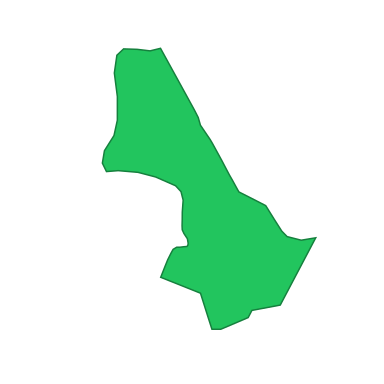 Damso, Southern Darfur, Sudan (Robinson projection), rotated 119°
{"feature_id": "16777658B98541328968966", "entity_name": "Damso", "entity_type": "district", "adm_level": 2, "iso_a3": "SDN", "parent_name": "Sudan", "parent_adm1": "Southern Darfur", "projection": "robinson", "projection_center": [24.528, 10.758], "detail": "fine", "context": "isolated", "style": "filled", "palette": "green", "viewbox_px": 384, "rotation_deg": 119, "n_neighbors": 0, "source": "geoboundaries", "source_scale": "gbopen_adm2", "svg_char_len": 952}
<svg xmlns="http://www.w3.org/2000/svg" viewBox="0 0 384 384"><g transform="rotate(119 192 192)"><path d="M280.1,164.8L276.4,135.5L293.0,118.0L302.4,108.0L298.1,100.3L274.6,82.0L266.5,82.2L248.1,60.0L172.1,61.6L175.0,65.3L181.2,73.1L184.9,87.2L182.7,94.5L176.2,106.5L168.2,120.9L168.4,128.6L169.2,151.0L168.0,153.0L162.2,162.2L158.8,167.8L156.0,172.1L153.5,175.9L150.6,180.3L145.9,187.7L139.9,197.2L137.4,201.4L129.5,217.0L123.8,222.7L119.1,229.7L104.9,252.2L81.6,289.2L88.9,297.1L93.8,309.1L100.0,321.2L108.8,324.0L125.6,317.6L144.8,303.5L165.4,292.1L180.4,287.6L198.3,288.6L210.2,284.4L215.6,276.7L209.1,266.9L201.0,248.8L196.5,231.1L194.5,209.4L197.0,201.8L203.4,195.8L214.2,190.8L221.2,187.0L226.2,184.4L229.8,182.2L232.3,178.8L235.1,173.4L238.7,170.5L240.6,169.8L242.1,170.0L243.8,172.6L246.3,176.0L247.7,178.6L251.3,180.7L255.9,180.7L263.0,180.4L270.4,179.5L281.8,178.0L280.1,164.8Z" fill="#22c55e" stroke="#15803d" stroke-width="1.5"/></g></svg>